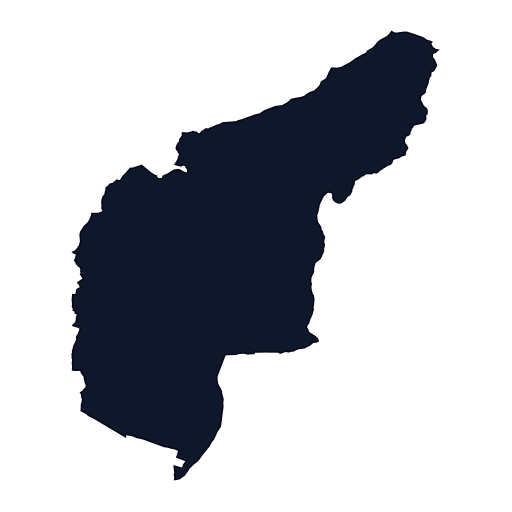 the district of Derna, Bihor, Romania, rotated 269°
{"feature_id": "2599482B80788744721103", "entity_name": "Derna", "entity_type": "district", "adm_level": 2, "iso_a3": "ROU", "parent_name": "Romania", "parent_adm1": "Bihor", "projection": "orthographic", "projection_center": [22.291, 47.2], "detail": "fine", "context": "isolated", "style": "filled", "palette": "ink", "viewbox_px": 512, "rotation_deg": 269, "n_neighbors": 0, "source": "geoboundaries", "source_scale": "gbopen_adm2", "svg_char_len": 6014}
<svg xmlns="http://www.w3.org/2000/svg" viewBox="0 0 512 512"><g transform="rotate(269 256 256)"><path d="M478.1,395.6L475.1,393.4L472.9,390.9L469.8,384.7L467.9,382.0L463.5,378.3L461.7,376.3L458.9,371.2L456.9,370.1L455.5,366.9L451.3,359.1L447.5,353.7L442.7,344.0L442.2,340.3L442.5,334.9L438.1,332.5L431.9,329.6L429.0,324.6L425.0,322.9L419.9,317.7L418.4,312.8L415.9,308.8L414.8,307.6L413.6,304.0L412.7,298.1L412.0,294.3L408.8,290.7L405.7,285.0L405.0,278.1L401.0,267.2L397.9,262.3L397.0,258.2L393.9,248.7L392.6,245.4L391.3,240.2L390.5,239.6L389.7,225.4L387.8,221.4L387.0,218.1L385.9,216.6L385.9,216.1L385.2,214.2L384.7,214.2L384.4,213.9L384.9,213.3L384.2,212.5L384.4,211.9L384.1,211.8L383.8,211.2L383.2,211.2L383.7,209.9L383.9,208.2L383.2,208.0L383.4,207.4L382.9,206.6L381.9,205.9L381.9,204.8L381.3,204.3L381.3,203.8L380.1,203.2L379.1,202.1L378.9,200.9L379.3,200.5L379.7,199.5L380.9,198.4L380.7,197.7L380.9,196.6L381.6,195.4L380.9,193.6L380.0,189.8L380.4,184.7L379.6,184.4L378.1,184.8L377.1,184.4L373.9,181.9L372.7,181.8L370.7,181.1L369.8,179.9L366.0,178.2L365.2,178.2L364.6,178.6L363.9,178.5L363.5,178.9L364.0,180.2L362.4,179.8L361.8,180.2L360.9,180.2L359.7,181.8L359.1,181.7L357.8,181.0L356.3,180.6L355.5,180.2L354.8,180.2L352.3,178.8L351.9,179.1L350.5,177.6L350.1,177.8L349.2,177.2L349.0,176.9L347.4,182.1L347.5,182.9L348.3,183.7L348.1,185.8L347.3,187.7L345.9,187.6L344.1,189.3L340.1,189.0L340.0,187.8L341.2,184.8L343.7,180.4L343.4,176.6L342.8,174.8L339.5,169.4L337.4,164.5L335.2,164.1L334.8,161.1L335.0,159.8L335.4,158.4L335.9,158.4L337.1,157.6L337.9,157.7L338.4,155.7L339.3,154.7L339.9,153.5L343.2,149.4L348.6,143.2L348.2,142.3L346.3,135.6L345.6,135.9L345.9,131.9L341.3,127.9L337.9,124.4L333.5,121.6L334.2,117.8L333.8,117.6L332.8,116.7L332.5,116.0L330.9,114.1L330.5,113.0L330.7,112.9L330.7,112.2L330.1,111.1L328.2,109.4L327.5,108.4L327.1,107.6L326.4,107.2L326.0,107.2L325.6,107.6L322.9,106.6L320.2,106.2L319.5,105.8L318.9,105.0L318.2,104.4L314.8,103.1L312.2,102.9L307.8,103.1L306.6,103.4L306.5,102.8L304.3,103.8L303.0,104.0L301.2,99.2L301.3,92.7L300.4,92.7L296.6,91.4L293.6,89.8L291.8,88.4L288.3,84.5L285.1,82.6L283.3,81.3L281.1,80.6L280.1,80.5L273.1,81.0L271.8,80.3L270.0,80.0L266.2,77.4L265.1,76.3L263.9,74.9L263.1,72.9L262.3,73.7L261.8,74.7L261.4,76.8L261.0,76.8L258.7,76.2L255.3,75.0L254.7,74.6L252.9,76.1L252.3,76.3L251.9,76.1L251.0,76.7L248.8,78.8L247.6,80.3L246.6,80.7L244.7,80.9L243.8,80.6L241.6,81.1L240.9,80.3L236.2,83.2L233.2,78.4L232.3,77.4L231.4,78.5L227.6,80.2L225.7,76.5L220.4,75.3L220.6,72.1L214.9,71.6L211.4,72.0L208.5,71.6L206.5,72.7L204.9,72.4L204.1,74.7L203.5,74.3L201.9,74.4L201.6,76.1L199.8,76.5L197.7,75.5L194.8,75.3L192.8,74.7L189.8,71.7L189.5,72.0L188.4,75.8L186.9,79.0L183.7,78.4L182.3,77.4L180.7,77.0L180.0,76.6L180.1,76.4L178.7,75.4L177.6,75.2L177.5,75.5L176.5,75.5L175.0,75.2L173.5,74.5L172.2,74.3L171.4,73.5L169.9,72.7L167.0,71.8L165.5,71.8L165.1,71.5L165.1,71.1L164.7,71.0L162.6,71.1L160.8,70.4L159.5,70.7L158.0,70.5L155.0,71.1L154.0,70.8L151.6,70.6L148.5,70.9L145.3,70.6L144.9,72.7L145.0,79.0L142.6,79.3L138.6,82.1L137.9,82.3L136.0,82.4L132.9,83.1L129.7,84.2L128.4,84.1L127.0,83.5L125.3,81.6L123.9,80.8L122.5,78.3L121.6,79.0L119.7,79.4L117.3,79.5L116.6,80.4L111.9,79.5L110.4,78.9L108.0,78.9L104.4,78.5L102.5,82.2L100.2,85.5L99.9,85.4L99.7,86.1L98.9,86.7L98.4,88.1L97.2,90.5L77.5,122.3L80.0,122.6L78.6,129.4L76.3,134.7L76.4,135.3L75.2,140.0L67.0,161.3L66.9,163.2L65.3,168.7L64.9,171.0L63.0,175.5L61.9,175.3L56.2,173.3L52.4,183.0L48.4,180.0L44.9,178.8L47.4,170.5L40.4,171.2L38.6,170.6L36.5,171.1L33.9,170.8L34.7,175.6L36.0,177.2L38.0,180.4L43.2,184.3L44.6,184.9L49.2,189.8L52.4,194.1L58.7,198.9L66.9,205.7L70.9,208.0L73.8,210.4L81.3,213.9L85.7,217.0L88.7,217.7L105.8,220.2L109.6,220.0L113.4,220.5L119.2,219.0L120.2,219.1L121.7,218.8L124.4,217.6L128.2,215.4L131.3,214.8L135.8,214.7L137.9,215.3L157.9,223.4L158.1,234.3L158.9,236.6L159.2,240.0L159.2,242.5L158.8,244.3L158.3,245.7L158.6,251.1L158.7,252.4L160.0,252.3L160.0,254.9L160.0,263.8L159.7,274.4L159.8,276.6L158.7,277.9L158.6,279.6L159.0,279.9L160.3,284.2L159.6,286.7L160.5,289.9L160.3,291.1L162.5,296.0L163.4,302.9L164.4,304.5L165.9,308.0L168.8,311.5L169.0,314.9L169.8,316.6L172.3,315.9L174.5,313.5L178.5,307.5L184.4,304.9L188.4,307.4L192.8,308.8L194.0,309.6L197.7,311.2L199.4,311.4L200.9,312.2L203.7,312.0L208.1,312.7L212.4,313.0L215.8,312.4L217.1,311.4L221.0,310.4L224.4,310.1L226.9,310.7L229.5,310.1L233.0,310.3L235.2,311.0L238.2,312.8L240.1,313.3L240.9,313.0L244.9,313.7L248.6,315.0L252.1,319.8L253.9,320.9L259.7,323.5L262.1,323.5L264.4,324.2L266.7,324.4L268.7,323.6L273.8,324.8L276.6,323.1L278.9,322.8L281.3,321.3L283.7,321.1L288.7,317.9L291.1,317.5L295.5,317.2L300.0,318.7L306.7,320.1L315.4,324.5L315.6,325.2L318.3,328.0L318.7,329.1L318.3,332.4L316.8,334.0L312.8,333.8L309.8,335.3L307.9,338.4L307.5,341.0L308.6,343.3L310.6,345.9L313.9,347.9L315.9,351.1L319.4,352.8L320.8,352.7L322.9,353.8L324.4,354.2L325.9,355.2L328.8,355.4L330.0,356.3L331.2,359.1L334.2,363.2L334.6,364.9L336.0,366.1L336.6,368.7L336.3,371.8L336.6,373.6L337.6,375.4L337.0,377.3L337.6,379.1L339.6,381.1L345.0,389.8L345.1,391.3L346.3,392.8L347.7,393.7L349.9,394.4L350.5,395.0L351.4,398.0L351.6,399.8L353.6,403.3L354.5,406.6L355.8,407.0L358.2,407.3L361.1,409.5L364.0,408.3L365.6,406.9L367.7,406.1L370.5,406.5L373.2,407.8L374.1,410.3L375.4,411.9L377.9,412.2L379.5,413.2L381.0,413.2L381.5,414.3L382.7,414.8L384.3,416.1L386.0,424.5L386.4,425.5L387.3,426.6L389.9,428.1L393.9,427.8L395.2,429.4L398.0,429.6L400.0,429.1L403.2,425.7L407.5,423.7L409.0,422.7L413.4,423.6L416.4,427.7L418.0,428.2L419.8,428.4L426.6,431.1L428.9,431.2L430.0,432.0L431.2,431.9L433.5,433.8L436.8,433.9L438.3,436.7L439.3,437.5L443.5,439.8L449.5,437.4L451.0,435.9L454.8,435.7L456.0,437.2L456.5,439.0L457.5,439.9L458.8,441.6L459.4,438.8L461.5,436.0L465.4,434.1L466.8,435.4L467.7,433.7L468.1,431.7L467.9,431.5L468.8,430.1L470.1,428.5L471.4,426.3L474.2,419.0L477.0,410.6L477.1,409.2L476.9,405.9L476.1,400.2L476.7,397.4L478.1,395.6Z" fill="#0f172a" stroke="#020617" stroke-width="1.5"/></g></svg>